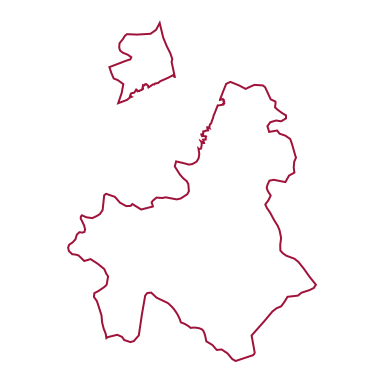 Rural Damascus, Rif Dimashq, Syria
{"feature_id": "27442178B80699161134092", "entity_name": "Rural Damascus", "entity_type": "district", "adm_level": 2, "iso_a3": "SYR", "parent_name": "Syria", "parent_adm1": "Rif Dimashq", "projection": "mercator", "projection_center": [36.292, 33.405], "detail": "fine", "context": "isolated", "style": "outline", "palette": "rose", "viewbox_px": 384, "rotation_deg": 0, "n_neighbors": 0, "source": "geoboundaries", "source_scale": "gbopen_adm2", "svg_char_len": 5602}
<svg xmlns="http://www.w3.org/2000/svg" viewBox="0 0 384 384"><path d="M198.5,148.7L199.3,154.1L198.6,158.3L196.7,161.5L194.9,162.7L192.1,164.1L188.9,164.6L187.9,164.3L183.8,163.2L176.1,161.4L174.8,166.5L179.9,174.5L183.4,178.5L186.7,181.1L188.3,184.1L188.9,191.1L187.3,194.2L180.7,198.5L176.7,199.4L165.6,197.3L162.5,198.0L156.5,197.6L152.7,200.8L151.6,202.5L152.4,204.6L152.9,206.5L141.2,209.5L132.3,204.0L130.7,205.9L126.2,206.1L120.0,202.7L114.8,196.8L106.1,193.8L104.2,195.3L102.6,210.1L99.9,214.1L96.6,216.1L92.3,218.1L86.4,217.3L81.9,215.3L80.9,216.5L80.7,218.4L84.1,225.4L85.1,229.4L84.4,232.0L82.4,232.6L79.4,232.2L76.8,234.7L75.4,239.4L72.6,242.4L69.2,244.7L68.1,247.6L68.9,251.0L72.2,254.2L75.7,254.6L78.5,255.4L84.3,261.0L90.6,259.1L93.1,260.8L95.2,262.1L97.9,263.9L104.3,269.1L106.2,273.5L108.1,276.5L106.6,284.9L103.9,287.3L98.3,291.1L94.4,293.1L93.9,296.9L96.9,301.1L98.8,306.9L101.5,315.4L102.1,322.4L103.7,328.7L105.7,333.7L106.4,338.1L107.8,337.1L117.3,334.8L122.0,336.9L124.2,340.0L130.4,342.1L133.8,341.1L138.8,335.4L142.0,313.8L145.2,295.6L147.3,293.0L151.2,292.6L156.6,297.7L167.4,302.8L168.4,303.5L169.3,304.3L170.2,305.2L171.1,306.0L171.8,306.7L172.6,307.6L173.4,308.5L174.2,309.5L174.9,310.5L175.6,311.5L176.3,312.5L176.9,313.5L177.6,314.6L178.1,315.7L178.7,316.8L179.2,317.9L179.7,319.0L180.1,320.1L180.5,321.3L180.9,322.4L182.2,322.9L182.8,323.1L183.6,323.4L184.2,323.7L184.9,324.0L186.1,324.7L187.3,325.4L188.4,326.1L189.0,326.5L189.6,327.0L190.6,327.9L191.5,327.8L192.2,327.7L192.9,327.7L193.7,327.6L194.4,327.6L195.2,327.7L196.0,327.7L196.7,327.8L197.4,327.9L198.2,328.1L199.0,328.2L199.7,328.4L202.2,329.5L203.4,331.0L205.0,334.9L206.3,341.3L212.4,345.0L216.7,349.9L221.7,349.5L227.5,353.4L232.2,359.0L235.6,361.0L253.2,355.1L254.4,353.6L254.7,352.6L251.6,335.5L264.1,321.4L272.4,311.5L276.6,308.2L281.1,306.4L284.7,301.5L287.5,296.8L298.0,295.6L301.3,292.8L309.5,290.1L313.8,288.0L315.9,284.7L309.7,277.0L303.6,268.4L298.4,261.9L294.4,258.7L286.3,255.7L282.9,253.3L280.4,250.6L280.2,245.2L281.1,237.9L279.5,230.1L277.7,225.8L274.1,220.1L270.1,212.6L266.9,208.0L265.3,204.5L268.5,200.1L270.7,195.6L267.8,191.0L266.7,188.0L267.4,185.0L269.4,180.7L273.7,179.8L285.4,182.1L289.0,175.6L294.4,172.6L293.7,167.5L294.2,161.8L296.0,157.6L295.5,156.3L292.9,147.2L291.9,143.7L290.2,139.0L286.7,136.6L285.5,135.7L279.6,133.7L277.1,130.5L269.2,131.9L267.4,126.2L270.3,122.2L276.1,120.5L281.1,121.3L286.0,118.4L286.0,115.4L282.0,113.0L277.3,109.5L275.0,107.3L275.5,103.8L275.5,101.6L270.7,99.3L265.1,87.2L262.8,85.4L254.3,84.9L248.9,87.3L245.7,88.9L239.0,85.4L230.4,81.9L226.1,83.9L225.9,84.6L224.9,87.1L223.5,90.5L220.6,98.1L220.1,99.2L220.0,99.9L220.8,99.7L221.7,99.4L222.8,99.0L223.1,99.6L223.4,100.4L223.4,100.5L223.5,100.5L223.8,100.4L223.8,100.5L224.1,101.4L223.7,101.5L223.8,101.9L223.9,102.4L224.3,103.5L224.1,103.7L224.0,103.8L223.7,103.8L223.1,103.8L223.2,104.6L222.1,104.8L219.5,105.3L218.4,105.4L217.7,105.4L216.5,108.5L215.9,110.0L215.4,111.3L214.3,114.1L213.8,115.0L213.6,115.6L213.5,116.0L213.4,116.4L213.3,117.0L213.2,117.4L212.9,118.4L212.8,118.6L212.6,119.1L211.8,121.1L211.7,121.3L211.5,122.3L211.2,123.2L211.1,123.4L210.9,123.5L210.2,124.1L210.0,124.4L209.9,124.7L209.7,125.3L209.7,125.5L209.6,125.8L209.5,126.2L209.5,126.6L209.3,127.2L209.3,127.3L209.3,127.5L209.3,127.8L209.5,128.2L209.2,128.1L208.7,127.6L208.3,127.4L207.6,127.3L207.3,127.2L207.2,127.5L207.3,128.1L207.5,128.7L208.1,130.4L207.7,130.5L207.0,130.6L206.1,130.6L205.8,130.6L205.6,130.7L205.4,130.8L205.2,130.9L204.8,131.3L204.6,131.3L203.2,131.4L203.2,133.2L203.1,133.3L203.1,134.2L202.6,134.3L201.8,134.3L201.7,134.3L201.3,134.4L201.4,134.7L201.7,135.5L202.1,136.2L203.9,136.0L204.6,136.1L204.6,135.9L204.6,136.0L204.8,136.1L205.7,136.3L205.9,136.3L206.0,136.4L205.9,136.5L205.7,138.9L205.7,139.5L205.2,139.5L204.8,139.5L204.5,139.5L203.8,139.6L203.1,139.7L203.2,140.0L203.3,140.2L203.5,140.8L203.7,141.9L204.0,143.0L203.8,143.0L203.5,143.0L203.3,143.0L203.2,142.9L202.5,142.4L200.8,141.3L200.9,141.5L201.9,142.2L201.6,143.9L201.7,145.3L201.2,147.2L201.3,147.9L201.2,148.0L200.8,148.7L198.9,149.1L198.5,148.7ZM174.8,76.9L171.6,61.9L172.3,59.1L170.3,53.2L166.8,46.3L163.2,37.6L159.7,23.0L156.1,29.8L150.5,33.8L136.6,34.6L133.1,34.4L126.9,34.2L124.9,35.8L122.9,39.1L121.2,41.2L119.5,43.3L119.2,47.5L120.0,50.4L122.6,52.6L127.7,54.7L131.3,57.2L130.3,59.4L125.9,60.8L109.4,67.1L111.2,72.6L113.7,78.5L117.8,80.1L123.3,84.1L121.7,92.9L118.2,103.2L126.8,100.0L127.0,99.9L129.5,97.8L129.8,97.5L131.4,96.9L130.9,96.7L130.3,96.3L130.1,96.2L130.6,95.4L130.3,95.2L130.5,94.7L130.7,94.0L130.9,93.6L131.2,93.4L131.6,93.2L132.4,93.0L134.0,92.8L134.3,92.5L134.6,92.1L135.1,91.4L135.4,91.0L135.7,90.3L136.2,89.5L136.7,89.9L137.1,90.2L137.3,90.9L137.5,91.3L137.8,91.3L138.1,91.2L138.5,91.0L138.8,90.9L139.1,90.9L139.4,91.0L139.7,90.6L140.3,90.3L140.8,90.1L141.1,90.2L141.4,90.1L141.7,89.8L142.1,89.4L142.7,89.3L143.0,88.9L143.0,88.6L142.4,88.2L142.5,87.8L142.9,87.3L142.8,86.9L142.8,86.6L142.8,86.3L142.9,85.9L143.0,85.1L143.4,85.2L143.6,85.4L143.9,85.4L144.2,85.5L144.4,85.4L144.6,85.2L144.7,84.8L144.8,84.7L145.0,84.5L145.2,84.2L145.5,84.1L145.9,84.0L146.3,84.2L146.7,84.5L147.4,85.2L147.7,85.3L147.9,85.5L148.0,85.7L148.2,86.2L148.3,87.1L148.3,87.3L148.4,87.5L151.0,85.8L151.0,85.7L153.1,84.3L153.3,84.3L154.3,84.5L154.4,84.4L154.5,84.3L154.7,84.0L155.0,83.6L155.9,83.3L156.6,83.3L156.8,83.3L157.0,83.3L157.3,83.1L157.5,83.1L158.0,83.0L158.3,82.9L158.5,82.8L158.8,82.4L160.3,81.2L168.3,77.7L172.9,75.2L173.5,75.9L174.2,76.7L174.3,76.8L174.6,76.9L174.8,76.9Z" fill="none" stroke="#9f1239" stroke-width="2"/></svg>